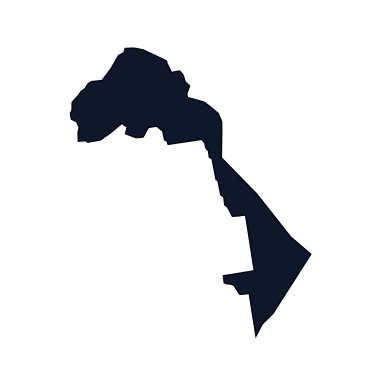 Koneurgenc, Tashauz, Turkmenistan, rotated 260°
{"feature_id": "10190150B53844356403959", "entity_name": "Koneurgenc", "entity_type": "district", "adm_level": 2, "iso_a3": "TKM", "parent_name": "Turkmenistan", "parent_adm1": "Tashauz", "projection": "orthographic", "projection_center": [58.858, 42.114], "detail": "fine", "context": "isolated", "style": "filled", "palette": "ink", "viewbox_px": 384, "rotation_deg": 260, "n_neighbors": 0, "source": "geoboundaries", "source_scale": "gbopen_adm2", "svg_char_len": 1740}
<svg xmlns="http://www.w3.org/2000/svg" viewBox="0 0 384 384"><g transform="rotate(260 192 192)"><path d="M39.1,230.0L49.7,238.1L58.4,250.6L110.1,298.1L130.5,281.3L178.7,255.4L220.6,226.8L246.8,231.8L255.9,233.3L258.8,232.8L264.8,231.3L271.8,225.5L278.1,219.8L281.1,213.9L284.3,207.1L284.9,205.8L285.4,204.3L285.6,204.3L285.7,204.0L289.4,203.8L296.9,208.0L301.7,204.3L306.4,203.8L309.5,203.1L312.9,201.0L313.3,200.7L313.3,195.3L313.1,192.6L313.3,192.5L322.8,189.7L324.3,189.7L325.1,189.5L325.6,189.4L336.9,173.5L339.6,169.7L340.2,169.0L341.0,166.8L342.4,163.6L342.8,162.4L343.8,159.3L344.9,151.1L343.3,150.3L340.9,149.2L339.9,146.1L339.4,144.2L339.2,143.5L327.5,133.7L317.3,122.8L317.6,119.1L318.1,112.6L316.7,108.7L312.2,104.5L310.2,100.3L306.8,96.9L301.1,89.6L293.8,88.2L290.3,85.9L284.7,85.9L281.1,90.7L275.2,92.2L270.4,90.2L261.7,88.9L261.7,89.2L261.2,95.9L260.3,96.8L259.2,98.1L259.2,109.6L259.2,111.1L261.5,115.3L263.4,119.9L266.0,124.8L267.1,126.6L269.4,130.3L271.7,134.8L268.8,137.8L267.6,139.7L261.0,136.7L259.4,139.2L259.0,140.2L256.7,143.8L255.3,146.3L254.7,151.7L254.7,153.4L263.2,160.2L263.0,168.4L262.6,168.8L262.5,169.2L259.2,172.0L257.3,173.8L248.3,174.1L247.0,175.4L246.4,176.7L244.7,176.6L243.1,176.8L242.2,210.8L237.8,213.2L234.5,213.2L233.3,213.3L229.1,215.6L228.2,215.4L223.3,215.1L221.3,217.6L220.5,217.6L200.1,217.9L199.1,219.4L198.8,219.4L198.6,219.6L184.2,219.9L182.8,221.2L181.8,222.6L174.8,222.1L173.6,222.1L172.9,222.5L171.1,224.4L161.1,227.6L160.4,234.2L160.2,240.5L159.8,240.5L159.7,240.8L103.5,239.7L103.9,212.7L104.0,208.4L97.1,208.0L95.9,209.9L95.7,210.2L95.1,213.0L93.9,215.4L93.1,217.0L87.8,219.2L83.0,221.3L82.6,224.4L82.2,230.8L39.1,230.0Z" fill="#0f172a" stroke="#020617" stroke-width="1.5"/></g></svg>